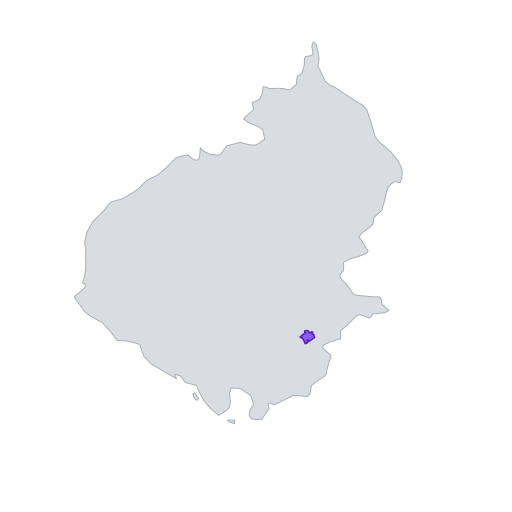 Prey Kabbas, Takêv, Cambodia (highlighted), rotated 326°
{"feature_id": "14789045B29637734688493", "entity_name": "Prey Kabbas", "entity_type": "district", "adm_level": 2, "iso_a3": "KHM", "parent_name": "Cambodia", "parent_adm1": "Takêv", "projection": "orthographic", "projection_center": [104.944, 11.157], "detail": "fine", "context": "in_parent", "style": "filled", "palette": "violet", "viewbox_px": 512, "rotation_deg": 326, "n_neighbors": 0, "source": "geoboundaries", "source_scale": "gbopen_adm2", "svg_char_len": 5311}
<svg xmlns="http://www.w3.org/2000/svg" viewBox="0 0 512 512"><g transform="rotate(326 256 256)"><path d="M423.1,110.6L424.2,114.3L421.5,121.4L418.6,127.8L413.2,133.4L413.0,137.5L411.2,149.7L412.0,153.6L413.3,157.0L415.1,158.7L420.0,170.7L424.5,181.5L428.8,190.4L429.7,196.1L425.9,210.5L421.4,223.7L421.9,230.3L423.9,236.8L426.1,245.6L427.0,256.8L425.9,264.1L423.9,268.7L419.9,273.4L416.5,275.8L412.3,271.8L408.9,271.7L404.5,272.9L401.0,274.8L393.9,281.7L386.0,288.4L375.1,290.1L370.8,295.1L366.3,295.8L357.6,296.1L351.9,297.3L352.2,299.8L351.8,311.5L351.9,314.2L351.1,315.0L347.1,315.3L340.5,313.6L331.4,310.7L325.0,310.3L321.7,315.4L319.8,317.4L317.4,317.7L314.8,318.6L314.0,320.9L313.8,323.7L315.0,328.6L315.5,336.4L315.2,341.6L317.6,345.0L331.4,356.2L335.5,359.0L335.9,360.6L333.6,366.7L335.7,375.3L331.4,375.2L324.2,371.5L320.7,369.3L316.6,371.1L315.1,370.8L312.3,366.5L308.6,362.2L304.8,362.0L296.7,363.7L288.5,364.9L285.4,364.9L284.1,365.7L279.3,372.1L277.3,371.0L269.0,368.6L261.5,367.6L259.9,369.3L260.9,374.5L262.5,379.6L261.5,381.8L257.4,384.5L251.9,389.3L248.5,393.1L246.2,394.0L237.8,393.9L229.5,394.3L226.2,397.9L223.0,400.7L220.3,401.4L209.4,392.6L187.8,389.5L185.5,385.6L183.4,384.8L181.4,389.8L169.5,394.6L164.6,391.7L160.9,388.1L161.5,383.8L165.0,380.3L170.9,377.8L173.6,368.9L169.2,357.5L165.3,354.1L161.1,351.5L156.8,355.7L153.0,362.9L149.2,366.7L143.8,367.5L135.9,367.1L132.9,356.3L131.9,347.0L133.0,336.4L134.3,330.1L126.7,321.4L126.4,313.2L122.7,308.9L121.6,311.0L121.7,313.4L120.7,311.7L108.9,287.4L107.0,276.2L109.1,267.6L110.3,264.7L106.9,260.1L102.1,254.9L93.6,248.1L93.1,237.4L91.3,224.8L88.8,220.5L84.9,212.7L82.9,206.2L82.3,189.2L83.4,187.9L89.5,187.4L97.3,186.3L98.5,183.5L97.2,181.2L102.2,177.4L109.4,169.1L115.0,160.3L119.0,154.7L121.4,149.2L129.4,141.5L140.5,136.1L148.0,134.9L155.8,133.1L163.3,130.5L166.8,130.3L176.0,133.5L181.0,134.3L186.3,134.3L191.7,134.7L196.5,134.3L207.8,132.2L219.9,133.9L230.6,132.6L243.9,130.0L250.5,131.6L256.4,134.2L257.3,139.4L258.6,141.7L260.6,143.6L263.3,143.6L266.7,139.9L269.5,136.2L270.4,135.5L270.6,137.4L272.0,141.4L274.5,145.4L277.1,148.0L281.4,151.5L284.2,151.7L293.3,148.3L306.9,153.1L308.5,155.5L313.0,160.4L317.8,163.9L328.4,164.1L332.2,155.4L330.3,150.2L324.2,141.0L322.5,135.6L324.4,134.7L334.7,133.6L336.4,132.5L338.6,126.6L341.4,127.3L347.1,128.0L353.1,123.9L356.6,119.6L358.6,121.6L360.7,124.5L363.1,126.3L367.4,128.8L372.2,132.4L375.2,135.9L377.6,137.3L383.7,136.3L385.3,136.4L388.8,132.1L391.3,129.7L393.4,130.4L396.5,130.3L402.8,124.7L406.4,119.7L408.3,118.3L414.1,120.8L416.3,120.3L419.6,113.3L423.1,110.6ZM128.9,342.0L127.7,342.6L126.6,342.6L125.5,341.6L125.6,337.7L126.4,335.3L128.4,334.9L128.9,342.0ZM146.7,380.4L144.3,383.0L140.5,377.6L140.5,376.0L146.7,380.4Z" fill="#d9dde1" stroke="#a8b0b8" stroke-width="1"/><path d="M259.7,350.0L259.6,349.9L258.7,349.9L258.3,349.9L258.2,350.0L258.1,349.9L257.9,349.9L257.7,349.9L257.4,349.7L257.2,349.4L257.1,349.2L257.2,348.9L257.3,348.7L257.4,348.4L257.4,348.2L257.5,348.0L257.5,347.9L257.4,347.7L257.3,347.4L257.3,347.2L257.2,347.0L257.2,346.8L257.2,346.7L256.9,346.5L256.7,346.4L256.4,346.2L256.2,346.1L255.9,345.9L255.7,345.8L255.5,345.7L255.3,345.6L255.0,345.5L254.9,345.5L254.8,345.4L254.7,345.5L254.4,345.7L254.2,345.8L253.9,346.0L253.8,346.4L253.9,346.5L253.9,346.8L253.9,347.0L253.9,347.3L253.2,347.4L252.8,347.4L252.6,347.5L252.4,347.5L252.2,347.4L251.8,347.3L251.8,347.5L251.7,347.5L251.3,347.5L251.1,347.4L250.8,347.4L250.7,347.4L250.5,347.5L250.3,347.5L250.1,347.5L249.7,347.4L249.3,347.6L249.2,347.7L248.9,347.7L248.6,347.7L248.4,347.7L248.3,347.8L248.2,347.8L247.9,347.7L247.6,347.7L247.4,347.6L247.5,347.7L247.4,347.7L247.4,347.8L247.5,347.9L247.4,347.9L247.4,348.0L247.5,348.0L247.6,348.4L247.5,348.6L247.7,348.9L247.9,349.0L248.0,349.2L248.0,349.3L248.0,349.5L248.2,349.9L248.3,350.1L248.5,350.3L248.5,350.5L248.5,350.9L248.5,351.1L248.6,351.3L248.6,351.5L248.6,351.8L248.5,352.0L248.4,352.1L248.3,352.3L248.3,352.5L248.5,352.7L248.5,352.9L248.5,353.0L248.4,353.3L248.4,353.5L248.3,353.9L248.2,354.0L248.1,354.4L248.1,354.5L247.9,354.9L247.9,355.2L247.8,355.3L247.8,355.6L247.8,355.9L247.8,356.0L248.2,356.1L248.4,356.2L248.5,356.4L248.5,356.5L248.8,356.5L249.2,356.6L249.6,356.6L250.0,356.6L250.0,356.3L250.0,356.1L250.4,356.1L250.9,356.1L250.9,355.9L251.1,355.9L251.2,355.7L251.2,355.1L251.4,355.1L251.5,355.1L251.5,354.9L251.5,354.7L251.8,354.7L252.1,354.7L252.1,354.8L252.3,354.8L252.3,355.3L252.4,356.5L252.7,356.5L252.9,356.5L253.1,356.4L253.3,356.4L253.5,356.4L254.0,356.4L254.4,356.4L254.9,356.4L255.2,356.4L255.6,356.4L256.0,356.3L256.4,356.3L256.7,356.3L257.0,356.3L257.4,356.4L257.6,356.4L257.9,356.4L258.1,356.3L258.3,356.3L258.6,356.3L258.8,356.3L259.0,356.3L259.1,356.2L259.2,355.9L259.2,355.7L259.2,355.4L259.2,355.2L259.3,355.1L259.5,355.1L259.6,354.9L259.6,354.7L259.6,354.4L259.6,354.2L259.6,353.9L259.8,353.8L259.8,353.7L259.7,353.7L259.6,353.4L259.5,353.2L259.7,352.8L259.7,352.7L259.5,352.4L259.7,352.2L259.7,351.9L259.7,351.7L259.8,351.6L259.8,351.4L259.8,351.2L259.7,351.1L259.8,351.0L260.0,351.0L260.1,350.9L260.2,350.7L259.9,350.6L259.6,350.6L259.4,350.7L259.3,350.8L259.3,350.7L259.4,350.4L259.5,350.4L259.5,350.5L259.6,350.4L259.7,350.2L259.8,350.2L259.7,350.1L259.7,350.0Z" fill="#8b5cf6" stroke="#5b21b6" stroke-width="1.5"/></g></svg>